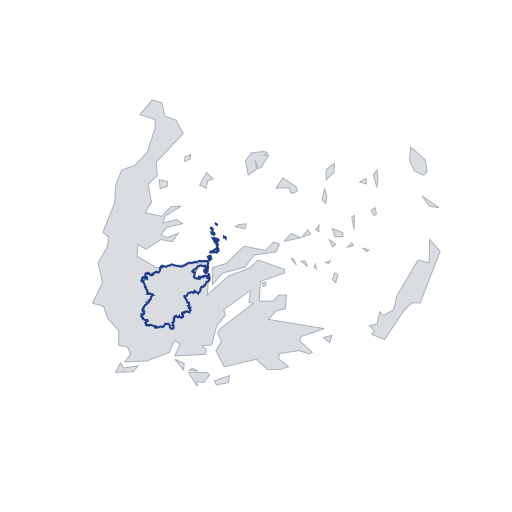 Thessalias, Thessalia, Greece shown in context, rotated 297°
{"feature_id": "26713481B23289270995723", "entity_name": "Thessalias", "entity_type": "district", "adm_level": 2, "iso_a3": "GRC", "parent_name": "Greece", "parent_adm1": "Thessalia", "projection": "orthographic", "projection_center": [22.955, 39.583], "detail": "fine", "context": "in_parent", "style": "outline", "palette": "blue", "viewbox_px": 512, "rotation_deg": 297, "n_neighbors": 0, "source": "geoboundaries", "source_scale": "gbopen_adm2", "svg_char_len": 9827}
<svg xmlns="http://www.w3.org/2000/svg" viewBox="0 0 512 512"><g transform="rotate(297 256 256)"><path d="M329.4,88.4L347.9,92.8L349.9,102.6L339.3,111.1L340.7,122.9L332.0,135.5L294.2,124.5L282.7,131.5L270.8,127.3L256.3,138.5L244.3,137.5L248.4,153.7L261.4,158.0L266.5,166.8L250.1,156.6L243.2,158.1L252.3,168.7L251.6,176.0L240.8,163.4L231.8,161.5L232.1,168.8L241.3,176.5L230.8,175.0L227.6,163.8L211.9,154.8L212.9,145.4L201.9,150.1L200.4,172.7L228.4,215.2L221.7,218.9L222.0,211.2L212.8,208.8L209.7,211.1L211.5,215.5L214.5,222.4L218.4,222.0L199.3,230.4L225.6,240.6L242.3,255.7L253.3,259.5L257.1,287.3L253.8,289.0L235.4,271.5L217.3,279.3L223.6,292.0L231.4,293.9L235.0,300.8L222.2,306.1L216.5,298.8L205.1,295.8L222.2,349.8L204.7,332.7L200.4,333.4L195.6,349.8L193.2,348.4L191.2,337.2L179.6,321.0L174.7,322.8L172.1,335.3L166.0,329.0L160.1,318.2L164.1,303.1L142.8,277.9L153.9,263.0L163.8,264.2L170.3,256.8L175.3,257.2L212.7,275.3L211.7,270.7L223.0,266.6L193.5,251.6L189.5,255.6L175.8,252.7L156.7,256.9L151.4,248.6L150.2,254.2L145.5,255.5L130.1,229.1L143.3,228.3L143.7,221.7L130.7,222.5L112.8,206.3L102.0,187.0L111.3,188.9L116.6,182.9L114.1,174.1L127.4,167.6L133.4,151.6L142.0,143.0L139.8,131.8L162.6,131.3L178.3,118.5L196.9,119.3L205.5,116.4L207.8,108.8L239.3,106.0L254.8,98.9L271.8,97.4L281.5,106.9L299.3,112.1L324.1,108.0L331.8,104.1L329.4,88.4ZM250.1,394.6L262.7,391.5L260.5,396.4L270.4,403.0L285.1,399.5L325.8,402.2L328.6,413.3L349.6,403.1L343.8,417.9L288.7,423.6L284.9,416.0L275.0,412.7L239.8,408.4L238.8,394.7L242.9,395.7L245.5,388.7L250.1,394.6ZM225.7,222.3L236.0,233.0L259.3,241.0L265.3,262.0L276.5,265.4L277.2,271.7L268.7,271.9L256.1,253.8L241.0,251.3L225.5,233.7L210.8,230.3L225.7,222.3ZM345.9,205.1L352.8,215.7L353.2,219.5L349.4,217.5L351.8,221.4L337.0,220.4L334.8,217.8L341.0,211.8L333.5,217.1L324.6,212.3L336.5,203.3L345.9,205.1ZM409.2,370.0L404.1,368.9L403.6,358.4L411.0,349.4L423.4,344.4L418.6,362.8L409.2,370.0ZM335.8,260.4L332.2,263.3L327.9,259.4L331.6,253.8L325.6,243.1L337.8,244.4L335.8,260.4ZM121.7,248.6L130.0,265.2L128.9,268.7L119.7,266.7L117.1,260.3L113.2,262.9L121.7,248.6ZM104.5,200.8L97.1,199.1L88.6,183.7L99.2,183.8L96.1,188.9L104.5,200.8ZM308.0,174.1L305.2,182.8L301.0,178.7L293.9,180.9L293.6,173.6L308.0,174.1ZM364.9,279.3L374.1,283.9L366.0,287.5L355.6,284.0L364.9,279.3ZM282.3,143.5L277.5,145.3L272.5,140.1L280.0,135.1L282.3,143.5ZM126.0,275.6L137.5,286.8L130.6,288.8L123.1,279.2L126.0,275.6ZM316.2,322.7L312.8,324.7L308.9,317.8L315.1,311.5L316.2,322.7ZM292.0,277.1L292.5,287.6L282.0,274.5L292.0,277.1ZM384.8,376.7L382.2,397.1L379.1,387.9L384.8,376.7ZM127.7,240.7L121.5,243.3L127.2,230.5L127.7,240.7ZM219.8,359.7L212.3,361.0L213.9,353.0L219.8,359.7ZM372.0,332.5L382.1,323.6L387.6,324.8L379.8,329.7L372.0,332.5ZM334.4,294.4L336.4,289.1L346.7,286.8L341.2,292.2L334.4,294.4ZM303.8,314.1L302.6,321.9L298.8,319.8L303.8,314.1ZM302.8,290.4L300.2,294.6L293.8,288.3L302.8,290.4ZM280.2,232.7L275.1,233.8L272.8,224.4L275.9,226.2L280.2,232.7ZM316.7,151.9L312.5,153.3L307.7,149.4L312.1,147.7L316.7,151.9ZM276.6,333.7L276.5,337.6L268.4,339.1L269.6,334.8L276.6,333.7ZM336.8,325.3L324.3,331.2L334.2,323.6L336.8,325.3ZM270.6,290.1L266.3,296.1L269.7,288.5L270.6,290.1ZM312.3,298.0L306.3,301.0L306.4,297.2L312.3,298.0ZM353.0,340.3L348.0,344.2L345.5,342.5L349.3,337.8L353.0,340.3ZM375.0,318.8L370.4,321.8L368.9,314.9L375.0,318.8ZM273.9,301.9L270.0,306.6L271.9,298.7L273.9,301.9ZM127.0,249.9L127.1,256.4L124.0,248.4L127.0,249.9ZM311.1,335.2L309.5,338.1L305.2,333.3L311.1,335.2ZM245.7,218.1L241.3,219.1L238.5,213.5L245.7,218.1ZM237.3,276.8L234.0,278.0L232.2,276.6L234.7,273.6L237.3,276.8ZM276.0,312.6L271.9,315.6L272.5,312.9L276.0,312.6ZM311.5,347.2L312.7,353.8L310.1,352.9L311.5,347.2ZM285.4,324.4L282.0,323.9L282.1,320.9L285.4,324.4Z" fill="#d9dde1" stroke="#a8b0b8" stroke-width="1"/><path d="M182.4,165.0L182.7,165.5L182.7,166.3L182.0,165.6L181.6,165.9L181.4,166.4L181.9,167.2L181.3,167.9L180.8,168.8L178.9,170.6L178.8,171.3L177.8,171.4L177.9,172.2L176.6,172.9L176.4,174.0L176.1,174.7L175.4,175.2L174.6,175.2L174.4,175.9L173.6,176.5L172.8,176.4L173.1,177.1L173.9,177.2L174.5,178.1L174.5,178.6L174.2,179.1L174.5,179.6L174.9,181.1L174.6,181.9L174.5,181.7L171.6,181.1L169.9,181.9L169.0,181.3L168.2,181.4L168.0,180.7L167.3,180.5L166.6,181.3L165.7,181.4L164.9,180.8L164.8,180.2L164.6,180.5L163.5,180.6L163.0,180.4L162.2,179.4L161.1,179.7L159.9,179.0L158.4,179.6L158.0,179.0L156.8,179.4L156.4,179.2L155.6,180.2L156.1,180.4L155.8,181.1L156.0,181.4L155.2,181.8L154.8,181.8L154.5,182.3L154.1,182.3L153.9,181.9L152.7,182.3L152.3,181.5L152.1,180.4L151.0,181.3L150.5,181.0L150.0,181.2L150.0,182.0L149.4,183.1L149.5,183.4L149.0,183.6L148.7,183.4L148.6,183.6L148.5,184.7L148.8,186.0L148.4,187.2L148.8,187.1L149.3,187.5L149.2,188.1L149.5,188.3L149.4,188.9L148.8,188.9L148.5,188.3L147.9,188.3L147.6,187.9L146.8,188.1L146.2,187.8L145.9,188.6L145.4,188.7L145.2,189.3L144.5,189.4L144.5,190.1L145.7,191.2L145.4,192.1L145.6,192.7L146.7,192.8L146.8,193.2L147.4,197.5L146.9,197.8L146.5,198.6L147.1,198.8L147.8,198.6L147.8,199.5L147.0,199.8L147.3,200.4L148.3,201.7L149.7,202.7L150.1,203.8L149.9,204.7L151.2,205.7L154.4,205.9L154.7,206.4L154.8,207.1L155.1,207.2L155.3,207.7L155.3,208.6L155.8,208.8L155.7,209.4L155.1,210.5L154.4,211.2L154.0,211.3L153.8,211.6L153.4,211.8L153.3,212.3L152.8,212.8L152.8,214.0L153.5,214.5L153.6,214.9L154.5,215.3L155.6,214.7L156.5,214.0L156.4,213.3L157.0,213.5L157.2,212.9L158.5,212.3L158.7,211.8L160.3,212.8L160.8,212.7L160.9,212.1L161.4,211.7L162.7,211.6L163.7,210.9L164.0,211.5L165.6,211.1L165.8,212.1L166.3,212.3L165.7,212.8L166.1,214.6L167.8,214.8L167.4,215.4L167.4,216.1L166.9,216.2L167.3,217.4L167.2,217.9L168.6,218.0L168.8,218.6L170.2,217.8L170.6,217.4L170.4,216.8L170.9,216.6L171.2,216.0L172.1,216.1L172.7,217.0L172.7,217.6L173.5,217.6L173.7,218.4L174.9,218.7L175.3,219.6L175.2,220.7L175.6,222.4L177.1,221.8L177.8,222.3L178.3,221.5L178.6,221.6L179.9,221.2L179.4,220.8L179.2,219.7L180.1,219.5L180.5,218.4L181.1,219.2L182.1,218.8L182.7,218.2L183.9,217.6L183.3,216.0L184.5,215.2L184.8,214.4L185.5,213.8L186.4,212.0L187.1,211.6L187.1,211.1L187.3,211.1L187.2,210.8L187.5,210.4L187.8,210.3L188.2,210.9L188.6,212.1L192.6,212.6L193.1,213.1L193.2,214.0L194.5,214.7L194.9,215.6L194.5,216.6L194.7,217.0L195.1,217.2L195.9,216.7L196.4,217.4L196.9,217.4L196.3,218.2L196.6,218.6L196.4,219.1L196.8,219.3L196.8,220.9L196.4,221.5L197.2,221.5L198.3,222.0L199.6,222.1L200.6,222.0L201.5,221.4L202.3,221.4L203.0,221.2L203.8,221.5L203.8,222.2L204.6,223.0L205.6,223.2L206.1,223.0L206.6,223.9L210.3,223.9L210.7,223.7L211.4,224.9L213.2,225.4L214.6,225.1L215.7,224.3L215.8,223.9L216.5,223.8L216.8,223.1L218.0,222.9L218.4,222.2L217.1,222.1L214.3,223.5L214.4,222.3L215.5,222.1L215.6,220.5L214.9,219.5L215.0,218.9L214.2,218.0L213.4,217.5L213.6,218.3L212.9,218.3L212.3,215.8L212.0,215.5L211.5,215.5L211.6,214.6L210.9,214.8L211.1,215.6L210.6,216.3L210.1,216.3L209.0,213.7L208.7,211.7L209.0,210.2L210.9,209.6L211.8,209.7L213.7,209.1L213.0,208.1L213.7,207.0L213.1,206.7L213.2,206.2L213.5,206.1L214.7,206.7L215.6,206.6L216.3,207.4L216.6,208.3L218.0,208.5L218.7,208.3L220.4,208.9L222.1,210.4L222.8,211.6L222.6,212.3L223.2,213.7L224.1,214.6L224.3,215.2L223.9,216.1L223.9,216.6L223.5,216.7L223.1,216.1L222.6,216.2L222.6,217.6L222.3,217.7L221.6,217.4L221.5,217.5L221.8,218.0L221.2,217.9L219.9,219.0L219.5,219.1L219.5,218.8L220.3,217.5L219.9,216.3L218.5,217.0L218.3,218.2L217.8,219.2L218.5,219.4L218.6,219.7L219.8,219.5L220.5,219.7L220.9,219.2L221.9,219.3L222.5,218.8L224.2,218.6L224.4,218.4L223.7,218.1L224.0,217.6L225.3,217.6L226.3,216.9L227.3,217.0L228.2,216.4L229.0,215.3L229.3,214.6L228.6,213.5L228.5,212.7L228.0,212.2L228.0,211.7L226.6,210.3L226.7,209.6L226.3,209.3L226.3,208.3L225.5,207.3L225.0,207.1L223.7,205.9L223.2,204.4L222.2,203.6L220.2,201.1L219.5,199.2L217.7,197.8L216.5,197.8L216.0,196.8L215.1,196.6L213.1,195.0L212.2,193.0L210.7,187.7L210.2,184.5L208.7,183.6L207.1,181.7L205.8,181.0L205.0,179.0L205.1,177.6L204.7,176.8L203.0,175.7L203.6,176.6L203.1,177.2L202.7,176.3L201.6,175.9L200.7,176.7L198.1,177.1L197.4,176.5L197.1,176.6L196.8,176.0L196.8,175.0L196.4,174.7L196.7,174.1L196.5,173.9L195.5,173.6L194.3,172.5L193.5,172.7L193.1,172.0L192.3,172.5L192.2,172.0L191.7,171.8L191.6,171.2L191.1,171.1L191.2,170.5L191.5,170.4L191.8,169.7L192.1,167.6L191.5,167.6L191.2,168.1L191.1,167.5L191.4,166.7L190.2,165.5L188.9,165.9L188.2,166.6L188.0,167.5L187.2,168.9L186.2,169.4L186.2,168.9L185.9,168.1L186.0,167.1L185.4,167.2L185.2,166.9L185.6,166.1L186.5,165.7L186.0,165.0L185.0,164.7L182.4,165.0ZM243.4,216.5L240.4,215.1L240.1,214.3L239.3,214.1L239.2,213.4L238.6,213.5L238.4,213.8L239.9,216.6L240.5,217.0L240.9,217.8L241.1,219.5L242.6,219.4L242.9,219.6L243.0,220.1L243.6,220.3L244.3,219.6L245.2,219.4L246.2,217.7L245.7,217.3L244.7,217.3L244.2,217.3L243.9,217.9L243.6,217.5L243.4,216.5ZM249.7,215.8L251.0,214.9L251.5,213.5L253.4,210.6L252.4,210.1L252.2,209.3L250.8,211.4L250.7,212.2L249.7,212.9L249.4,213.6L249.2,214.2L249.5,215.0L248.3,216.0L247.7,216.0L247.5,216.5L248.7,217.1L249.7,215.8ZM235.5,215.4L235.2,214.5L233.5,213.4L232.7,214.2L232.8,214.9L230.6,216.1L230.8,216.6L231.3,216.5L232.0,217.0L232.8,216.9L233.0,217.4L233.5,217.5L233.6,217.4L233.4,216.8L234.0,215.9L234.8,215.7L235.1,215.9L235.5,215.4ZM256.5,206.7L256.9,205.9L256.7,205.4L255.7,206.7L255.6,207.7L255.8,207.9L256.2,207.7L256.5,208.0L256.1,208.2L255.8,208.6L256.6,209.2L257.6,208.3L257.8,206.4L257.0,206.1L256.5,206.7ZM253.0,211.8L252.7,212.9L253.2,214.1L251.7,214.8L252.4,215.5L253.3,215.6L253.6,214.7L253.4,214.2L253.7,213.4L253.3,213.2L253.3,212.3L253.0,211.8ZM260.1,205.6L261.0,203.9L260.7,203.5L260.7,202.3L260.0,203.7L259.9,204.7L259.2,205.3L260.1,205.6ZM258.0,220.9L259.0,220.4L258.6,219.7L258.7,218.7L257.9,219.1L258.3,220.2L258.0,220.9ZM266.6,205.3L266.3,205.3L265.9,206.8L266.0,207.1L266.4,207.0L266.6,205.3Z" fill="none" stroke="#1e3a8a" stroke-width="2"/></g></svg>